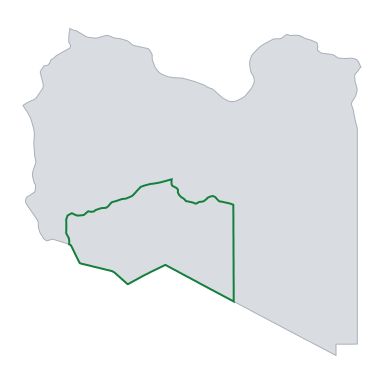 location of Murzuq within Libya
{"feature_id": "LBY-2969", "entity_name": "Murzuq", "entity_type": "Municipality", "adm_level": 1, "iso_a3": "LBY", "parent_name": "Libya", "parent_adm1": "", "projection": "mercator", "projection_center": [15.489, 24.47], "detail": "fine", "context": "in_parent", "style": "outline", "palette": "green", "viewbox_px": 384, "rotation_deg": 0, "n_neighbors": 0, "source": "natural_earth", "source_scale": "10m", "svg_char_len": 5080}
<svg xmlns="http://www.w3.org/2000/svg" viewBox="0 0 384 384"><path d="M27.5,102.6L30.0,101.3L33.6,99.8L35.5,98.7L36.3,97.7L39.0,93.9L40.4,91.8L42.4,88.9L43.2,86.8L43.2,85.0L42.9,82.7L41.4,77.2L40.2,71.9L41.2,69.9L41.9,68.9L43.6,66.4L44.3,65.9L47.9,65.1L49.4,63.4L50.5,61.3L50.7,60.2L52.3,59.1L54.2,57.9L55.4,56.4L59.2,54.1L62.7,52.0L66.7,49.8L69.9,48.0L70.5,46.5L70.5,45.2L68.8,42.2L68.8,38.7L68.9,35.8L69.1,34.0L69.8,29.2L69.9,28.5L73.1,30.1L76.4,30.8L86.4,36.8L89.5,37.5L96.5,38.2L104.7,35.8L107.8,35.3L113.2,37.6L115.6,38.3L119.6,38.5L126.4,40.5L128.1,41.3L132.1,44.6L134.0,45.6L148.2,48.6L150.1,50.6L152.1,54.4L152.2,59.2L153.3,62.6L155.0,67.1L157.1,70.2L159.5,72.8L162.2,74.5L168.4,76.9L175.4,77.8L182.4,78.1L194.5,81.5L204.8,85.3L207.3,87.2L212.5,89.0L222.7,98.0L228.4,101.1L232.4,101.7L236.0,101.1L242.3,98.0L245.0,96.2L251.4,88.4L253.5,84.4L254.3,81.5L254.1,78.6L253.3,76.0L251.5,73.2L250.3,69.6L249.5,63.0L250.5,58.5L251.7,55.7L253.7,53.0L259.0,47.6L264.3,43.8L273.7,38.9L279.2,38.8L281.5,38.3L286.0,34.8L287.8,34.6L290.3,35.5L297.7,35.2L301.0,36.2L304.9,38.4L309.8,39.8L313.3,41.1L317.0,42.8L317.9,47.2L317.4,48.4L317.4,50.1L321.2,53.1L332.1,54.5L334.2,55.3L337.2,57.5L339.2,58.2L346.7,58.5L351.0,58.1L355.2,58.9L356.7,59.6L358.3,61.4L360.2,65.7L361.0,67.1L360.1,67.8L359.0,69.3L358.2,70.7L356.3,72.8L354.6,75.1L354.8,78.5L355.1,82.0L356.2,85.3L357.2,89.0L356.9,91.5L356.1,94.5L355.1,96.9L351.9,102.1L351.4,103.3L351.6,105.0L353.6,111.0L353.7,112.9L354.9,118.8L356.0,123.6L357.1,127.3L357.3,128.3L357.3,133.8L357.3,139.3L357.3,144.7L357.3,150.2L357.3,155.6L357.3,161.0L357.3,166.4L357.3,171.8L357.3,177.2L357.3,182.6L357.3,188.0L357.3,193.3L357.3,198.7L357.3,204.0L357.3,209.3L357.3,214.7L357.3,220.0L357.3,225.3L357.3,230.5L357.3,235.8L357.3,241.1L357.3,246.4L357.3,251.6L357.3,256.8L357.3,262.1L357.3,267.3L357.3,272.5L357.3,277.7L357.3,282.9L357.3,288.1L357.3,293.3L357.3,298.4L357.3,309.9L357.3,321.3L357.3,332.7L357.3,344.0L357.2,344.0L351.8,344.2L346.5,344.2L341.3,344.2L336.0,344.1L336.0,347.0L336.0,349.8L336.0,352.6L336.0,355.5L325.8,350.1L315.6,344.7L305.3,339.4L295.1,334.0L284.9,328.6L274.7,323.2L264.5,317.8L254.2,312.4L244.0,306.9L233.8,301.5L223.6,296.1L213.4,290.6L203.1,285.2L192.9,279.7L182.7,274.2L172.5,268.7L165.4,264.9L157.8,268.6L151.8,271.5L144.0,275.3L134.9,280.3L128.0,284.1L127.7,284.1L127.4,284.0L120.2,277.5L114.5,272.5L112.0,271.1L101.4,268.5L90.8,265.9L79.7,263.2L77.7,259.1L75.4,254.5L72.4,248.7L70.5,245.2L69.9,244.6L61.4,241.8L52.4,239.1L47.1,240.8L46.2,240.6L44.7,239.6L43.2,238.2L42.4,236.2L40.3,233.5L38.4,227.4L38.2,222.5L37.8,220.7L33.1,213.8L28.8,207.5L26.0,203.3L25.4,201.4L25.8,199.1L26.9,197.0L31.0,194.5L34.8,191.8L35.3,189.9L35.5,184.7L34.3,183.1L33.4,180.0L32.5,175.8L32.4,173.1L34.0,167.8L36.0,162.2L34.7,156.0L33.8,143.5L34.4,133.6L33.9,130.0L33.6,128.4L32.3,123.7L30.8,118.9L30.1,117.2L28.1,113.3L24.8,108.4L23.0,105.4L25.4,103.8L27.5,102.6Z" fill="#d9dde1" stroke="#a8b0b8" stroke-width="1"/><path d="M233.7,301.5L233.3,301.2L230.6,299.8L228.0,298.4L225.3,297.0L222.7,295.6L220.1,294.2L217.4,292.8L214.8,291.4L212.2,290.0L209.5,288.6L206.9,287.2L204.3,285.8L201.6,284.4L199.0,283.0L196.4,281.5L193.7,280.1L191.1,278.7L188.5,277.3L185.8,275.9L183.2,274.5L180.6,273.1L177.9,271.6L175.3,270.2L172.6,268.8L170.0,267.4L167.4,266.0L165.4,264.9L165.0,265.0L164.1,265.5L162.8,266.1L161.6,266.7L160.4,267.3L159.1,267.9L157.9,268.5L156.7,269.1L155.4,269.7L154.2,270.3L153.0,270.9L151.7,271.5L150.5,272.1L149.3,272.7L148.1,273.4L146.8,274.0L145.6,274.6L144.4,275.2L144.0,275.4L140.3,277.4L136.7,279.4L133.0,281.4L129.4,283.4L128.0,284.1L127.7,284.1L127.4,284.0L126.4,283.1L123.7,280.7L121.1,278.4L118.4,276.0L115.7,273.6L114.5,272.5L112.0,271.1L109.9,270.6L108.0,270.1L106.1,269.7L104.2,269.2L102.3,268.7L100.5,268.3L98.6,267.8L96.7,267.4L94.8,266.9L92.9,266.5L91.1,266.0L89.2,265.5L87.3,265.1L85.4,264.6L83.5,264.2L81.6,263.7L79.8,263.2L78.1,259.9L76.6,256.9L74.2,252.0L74.2,251.9L72.7,248.8L71.2,245.8L70.6,245.0L69.9,244.7L69.1,244.4L69.3,241.2L68.8,238.1L66.2,233.3L66.3,228.9L66.3,224.0L66.2,219.4L67.6,215.5L71.8,213.2L75.6,215.0L77.4,215.6L81.4,215.3L83.8,215.0L86.0,213.1L88.2,211.3L91.1,211.8L93.8,211.5L95.5,210.1L97.5,209.4L101.0,208.2L106.1,207.8L108.3,206.2L110.5,203.5L112.0,202.1L116.0,201.1L121.7,199.1L125.9,198.6L128.4,197.6L132.1,196.0L134.6,193.5L136.8,191.0L139.0,188.7L140.7,186.9L143.9,185.7L146.5,185.0L150.3,184.0L154.4,183.5L158.4,182.8L160.7,182.3L171.7,179.3L171.5,181.0L171.5,182.8L171.7,184.8L172.6,186.0L173.7,186.5L175.6,187.5L176.8,188.2L178.0,189.9L177.9,192.4L179.0,194.8L181.3,197.2L182.9,198.1L184.6,199.4L185.8,201.0L189.1,201.7L192.7,202.5L195.8,203.7L197.6,202.9L199.2,201.9L201.9,201.7L203.7,201.2L206.5,199.1L207.4,197.9L209.8,196.7L212.8,196.0L215.3,197.1L217.2,199.4L219.4,201.4L221.5,201.6L224.0,202.2L227.3,202.9L230.2,203.6L232.4,204.4L233.3,204.8L233.4,216.6L233.4,228.3L233.5,240.0L233.5,251.6L233.6,263.2L233.6,274.8L233.7,286.3L233.7,297.7L233.7,298.0L233.7,298.5L233.7,298.9L233.7,299.2L233.7,299.4L233.7,299.7L233.7,301.5Z" fill="none" stroke="#15803d" stroke-width="2"/></svg>